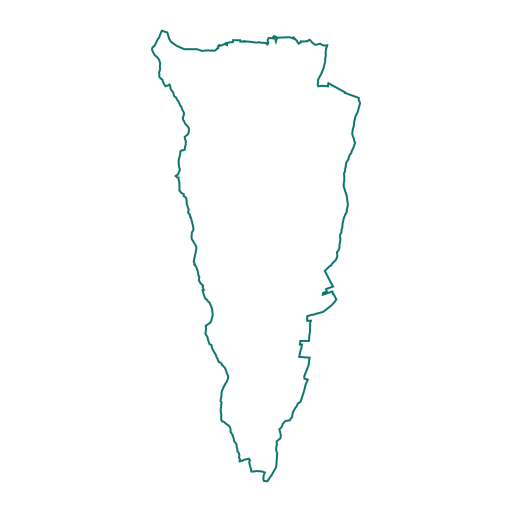 outline of Balilesti, Arges, Romania
{"feature_id": "2599482B12709489065851", "entity_name": "Balilesti", "entity_type": "district", "adm_level": 2, "iso_a3": "ROU", "parent_name": "Romania", "parent_adm1": "Arges", "projection": "mercator", "projection_center": [24.936, 45.06], "detail": "fine", "context": "isolated", "style": "outline", "palette": "teal", "viewbox_px": 512, "rotation_deg": 0, "n_neighbors": 0, "source": "geoboundaries", "source_scale": "gbopen_adm2", "svg_char_len": 5935}
<svg xmlns="http://www.w3.org/2000/svg" viewBox="0 0 512 512"><path d="M267.3,481.3L271.8,474.8L276.2,467.0L277.2,453.6L276.1,449.7L276.4,446.2L277.0,444.7L276.7,443.5L276.7,441.4L280.5,438.2L280.8,435.1L279.4,429.3L281.6,427.1L282.8,423.8L285.3,421.1L289.9,420.2L290.4,419.6L290.6,418.8L291.4,417.9L292.1,416.9L292.9,412.2L295.5,407.6L296.2,407.0L298.0,403.4L300.5,401.9L304.1,390.9L305.7,384.2L307.8,379.7L306.3,379.1L304.4,378.6L304.2,376.3L308.7,365.0L309.0,361.6L309.6,357.7L299.2,356.9L300.2,351.9L301.3,348.2L301.9,344.5L299.9,344.6L300.3,341.0L308.9,340.9L309.1,340.1L309.3,335.6L310.1,330.7L309.9,330.4L310.2,325.5L310.1,323.2L310.4,322.2L310.9,320.7L307.2,320.8L307.2,316.2L311.9,314.8L313.2,314.8L314.0,314.4L322.6,312.0L323.8,311.4L331.4,305.5L334.9,301.6L335.1,301.0L336.4,299.5L333.8,294.5L333.5,294.1L332.9,294.0L332.4,291.5L322.8,294.7L323.1,292.9L326.8,291.6L326.0,289.1L333.1,286.5L331.4,283.7L324.8,270.9L329.4,266.4L330.4,265.7L331.2,265.5L331.9,263.9L334.1,261.6L335.6,260.2L337.1,257.4L337.3,254.8L336.9,252.2L338.3,250.8L339.5,247.8L339.4,245.0L340.0,242.4L340.4,239.6L340.0,235.8L340.3,234.2L341.2,232.9L341.4,232.2L341.6,230.8L341.4,229.8L342.3,227.5L342.3,226.4L342.6,224.9L342.5,223.7L342.9,222.5L343.4,220.0L344.0,217.7L345.0,215.2L345.6,214.1L346.0,212.8L346.9,211.8L346.7,210.2L347.8,205.6L347.7,203.1L346.7,195.9L343.6,186.2L343.9,182.3L344.4,180.1L344.2,178.7L344.3,177.1L344.0,173.2L344.9,171.7L345.3,168.1L345.7,167.3L345.7,165.9L346.0,164.9L346.0,163.7L346.6,161.9L348.4,159.3L348.4,158.6L349.2,156.6L349.4,155.5L349.8,154.7L350.6,153.9L351.3,152.8L351.8,150.8L353.3,148.1L354.7,143.7L355.1,142.7L354.1,140.6L354.0,138.9L352.7,136.0L352.2,133.4L352.8,129.3L353.8,125.9L354.0,122.9L355.4,116.4L357.2,113.0L357.8,111.7L360.0,103.5L359.8,102.4L358.7,99.9L358.8,97.9L344.9,92.9L345.1,92.4L328.4,83.2L328.1,84.2L328.0,86.3L321.5,85.8L318.4,86.3L317.6,84.6L318.1,82.4L318.1,80.9L317.9,80.1L321.5,73.3L323.7,67.8L324.2,65.2L325.2,61.6L325.1,59.0L325.6,56.9L325.8,54.8L325.5,52.4L326.1,50.0L326.1,48.2L326.6,47.5L327.2,45.3L324.3,45.6L321.8,44.8L320.0,43.6L316.3,44.8L315.4,44.7L314.4,44.3L313.1,43.4L309.6,39.8L309.2,39.8L307.7,41.1L306.0,41.2L304.4,41.5L302.6,41.4L301.7,41.6L301.1,41.3L300.9,41.8L301.0,42.1L300.8,42.5L300.1,42.7L298.9,43.7L297.1,41.7L297.0,41.2L296.4,40.3L293.4,37.3L292.9,37.5L293.2,38.5L289.5,37.2L277.5,37.7L276.7,39.0L275.9,41.7L275.7,41.1L275.9,40.0L276.3,39.0L276.1,37.9L276.2,37.1L275.7,36.9L275.2,36.4L273.8,36.2L273.6,36.5L274.0,38.0L273.9,38.5L273.1,37.8L272.8,37.8L272.7,38.3L268.6,38.0L268.5,38.7L267.6,40.0L267.9,41.7L268.2,42.2L268.1,43.4L267.9,44.0L267.5,44.3L267.4,43.7L266.6,43.7L266.7,43.0L260.4,42.7L259.6,42.2L256.1,42.6L247.7,41.5L243.9,41.7L244.1,41.2L240.3,41.7L240.2,40.2L236.8,40.3L233.1,40.1L232.9,42.1L231.0,42.1L228.4,42.7L225.8,43.1L225.9,43.6L227.0,43.6L227.0,45.0L224.6,44.1L220.4,45.7L219.6,45.5L219.4,45.1L219.0,45.3L218.9,46.2L218.2,46.2L218.1,48.2L216.9,48.6L216.4,49.5L214.4,50.8L213.2,50.6L209.4,50.6L208.5,50.3L202.0,50.9L197.1,49.2L184.4,49.2L176.7,45.9L170.8,41.6L169.3,39.1L167.3,32.5L161.8,30.7L160.0,34.9L159.4,37.0L158.9,37.9L157.8,39.1L154.8,45.4L152.4,47.7L152.0,49.0L152.4,50.8L154.5,54.9L157.6,57.6L159.3,60.2L160.2,63.4L159.8,66.5L160.1,68.5L159.9,70.0L159.1,72.3L159.4,74.1L159.2,75.3L159.4,77.1L161.0,78.7L162.5,79.9L163.1,81.9L164.1,84.3L165.6,86.3L166.8,85.7L168.1,85.5L169.5,84.6L170.2,86.0L170.5,88.3L170.9,89.4L173.1,92.5L173.4,93.0L173.7,94.9L173.9,95.6L174.8,96.7L176.3,97.6L176.7,99.3L178.2,101.0L180.2,105.4L181.1,106.5L181.7,107.7L182.0,109.1L183.9,112.7L183.9,114.6L182.7,118.5L183.4,120.5L183.8,120.6L184.8,123.0L185.9,124.6L187.6,126.2L188.8,128.1L189.0,130.3L188.4,133.3L187.3,134.9L184.8,136.8L184.7,137.3L185.0,139.0L185.9,141.4L185.7,143.7L185.8,144.7L185.1,146.4L184.6,149.8L183.1,150.3L182.1,150.2L180.4,151.4L180.3,153.1L178.6,160.7L178.8,164.7L179.2,167.2L179.8,169.2L179.8,170.2L179.0,171.6L178.5,173.3L177.8,174.6L175.8,175.7L175.6,176.0L177.3,177.4L178.5,177.5L178.6,179.1L179.3,182.4L179.5,187.6L179.4,189.8L179.5,190.7L181.4,192.9L183.8,194.3L183.8,196.3L185.5,197.3L186.4,198.5L186.3,199.5L186.9,201.5L186.5,203.2L188.4,208.8L188.7,209.4L188.6,210.4L188.1,211.4L188.1,212.3L188.5,213.2L189.8,214.3L189.7,214.9L190.4,216.4L190.2,217.2L190.8,217.5L192.2,222.6L193.1,226.5L193.5,229.7L191.9,232.5L191.5,237.1L191.8,239.1L196.2,246.3L196.4,248.5L193.7,261.7L195.1,264.9L194.6,265.0L196.2,266.9L197.3,269.7L198.2,273.3L198.4,275.3L199.3,276.9L199.0,279.6L199.2,281.3L200.0,282.2L200.3,282.9L201.5,284.3L203.1,285.4L202.7,287.1L203.5,289.5L203.8,289.9L202.5,290.3L204.9,298.0L206.1,299.3L206.5,299.4L207.3,300.2L208.2,301.6L209.6,302.8L211.3,306.6L212.0,308.9L212.7,314.8L212.3,317.2L210.9,321.7L210.4,322.6L205.8,325.8L206.1,328.8L205.4,333.8L207.5,337.1L208.1,340.1L209.5,344.1L211.4,345.1L211.7,345.5L211.8,347.1L212.3,348.6L214.2,352.2L215.7,354.5L216.5,357.2L216.9,357.9L217.6,358.7L217.8,359.8L218.9,362.0L220.5,362.6L221.6,363.8L222.0,365.1L222.6,365.3L225.0,368.1L226.2,371.0L226.9,373.5L228.2,376.1L228.0,378.3L227.4,380.0L226.6,382.1L225.8,383.0L223.4,387.5L222.9,388.9L221.9,390.7L221.5,393.0L221.5,394.9L221.1,397.9L220.6,399.7L220.7,401.2L221.4,402.0L221.5,403.2L221.1,404.9L221.2,406.3L221.1,407.5L220.8,408.1L220.7,410.1L220.9,413.0L221.2,413.9L221.4,415.8L221.1,416.8L221.2,418.8L221.4,420.2L221.7,420.8L222.2,421.4L223.8,421.8L225.6,423.4L228.8,425.7L229.8,426.9L230.6,429.1L230.5,430.7L230.8,432.3L232.5,434.8L233.0,436.8L233.6,437.9L234.1,441.0L236.3,444.0L236.6,444.9L236.8,447.3L237.3,448.9L237.3,450.0L237.6,451.0L237.5,451.6L238.5,452.5L239.2,454.0L239.1,454.7L239.4,455.3L239.3,456.1L239.0,457.4L240.0,459.3L239.5,460.9L239.6,461.4L242.6,460.7L243.4,460.0L248.9,458.7L249.9,460.2L249.3,461.5L249.3,462.5L249.4,463.6L250.6,467.7L251.4,471.5L254.4,471.5L255.9,471.0L261.7,471.4L264.8,472.5L263.7,475.4L263.3,478.7L263.9,480.9L267.3,481.3Z" fill="none" stroke="#0f766e" stroke-width="2"/></svg>